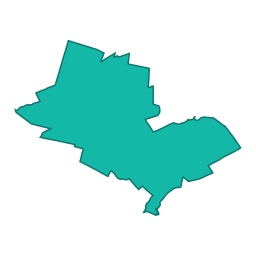 Sagu, Arad, Romania (Mercator projection)
{"feature_id": "2599482B52260231187564", "entity_name": "Sagu", "entity_type": "district", "adm_level": 2, "iso_a3": "ROU", "parent_name": "Romania", "parent_adm1": "Arad", "projection": "mercator", "projection_center": [21.357, 46.043], "detail": "fine", "context": "isolated", "style": "filled", "palette": "teal", "viewbox_px": 256, "rotation_deg": 0, "n_neighbors": 0, "source": "geoboundaries", "source_scale": "gbopen_adm2", "svg_char_len": 5099}
<svg xmlns="http://www.w3.org/2000/svg" viewBox="0 0 256 256"><path d="M212.8,172.9L211.6,170.9L211.4,170.7L211.2,170.4L210.4,169.2L210.2,168.7L210.0,168.3L209.7,167.8L208.3,165.7L212.1,163.5L213.9,162.6L214.4,162.3L215.5,161.8L216.8,161.1L217.4,160.8L218.9,160.1L219.8,159.5L221.5,158.2L222.2,157.8L223.4,157.1L223.7,156.9L225.5,156.0L226.8,155.3L228.4,154.6L229.9,153.9L232.1,152.7L233.8,151.9L235.0,151.2L236.3,150.5L238.3,149.4L240.6,147.8L239.2,145.7L236.9,142.2L234.9,139.4L234.6,138.9L232.6,136.2L232.4,135.9L230.8,134.0L230.5,133.5L230.2,133.1L228.7,131.1L228.0,130.0L227.4,129.1L226.9,128.7L225.4,127.0L225.0,126.6L225.2,126.4L222.7,124.9L217.4,120.8L213.5,118.0L211.3,117.8L208.3,117.5L205.0,117.2L203.5,117.1L201.4,117.6L200.4,118.3L198.4,120.0L197.5,120.4L195.2,120.0L194.8,118.9L194.6,118.5L194.4,118.0L194.5,117.7L194.8,117.0L194.8,116.8L194.8,116.7L194.6,116.7L194.4,116.8L194.1,117.3L193.9,118.0L193.6,118.9L193.5,119.1L188.6,120.2L188.3,119.6L187.8,119.8L186.4,121.5L184.5,122.4L178.7,124.2L178.3,124.3L177.7,123.9L176.4,123.8L175.1,123.5L174.0,122.8L173.9,122.7L171.3,123.7L158.5,130.0L153.3,132.0L152.9,131.6L151.2,128.6L145.1,119.4L151.3,117.5L157.7,115.5L158.4,114.6L159.0,113.6L159.7,112.3L159.8,111.0L159.7,109.6L159.7,108.2L159.1,106.7L158.8,106.2L158.4,105.6L157.7,105.7L154.9,104.7L153.3,104.1L153.2,101.6L153.2,95.5L153.2,90.6L153.2,85.7L153.2,85.8L151.2,86.5L150.4,87.1L149.9,87.4L148.3,87.4L148.3,86.2L148.7,80.7L149.0,75.4L149.2,70.3L149.2,68.4L128.1,64.0L129.3,53.5L121.6,56.1L119.2,57.1L117.1,55.9L114.0,57.3L113.8,57.1L115.1,53.2L106.6,58.2L101.9,61.3L101.5,61.5L100.9,61.3L101.6,59.3L102.6,56.8L103.6,53.8L104.0,53.0L96.5,49.4L83.6,45.4L82.5,45.1L72.0,41.8L68.4,40.7L67.0,45.5L66.2,48.1L65.6,50.2L65.6,50.4L64.9,52.4L64.0,55.4L63.5,57.1L62.8,59.3L61.9,62.6L60.8,66.2L60.0,69.0L59.2,71.8L58.4,74.5L57.6,77.2L56.1,82.2L55.3,85.0L52.9,86.0L51.1,86.7L47.2,88.1L47.1,88.6L45.8,89.1L43.4,90.0L38.2,92.0L35.9,93.0L37.7,96.8L40.0,101.6L32.9,103.7L32.3,104.5L31.1,104.8L29.5,104.9L27.6,104.8L25.6,105.3L24.1,106.3L23.3,106.5L21.9,106.8L20.4,107.3L19.3,108.1L18.3,109.6L17.8,110.0L15.9,110.3L15.4,109.9L15.8,111.7L16.4,112.6L30.4,123.1L31.1,123.7L31.8,124.0L32.3,124.1L48.6,128.2L50.4,128.7L50.6,128.8L44.9,131.7L43.4,132.4L42.6,133.0L42.1,133.6L41.7,135.5L41.2,136.1L40.3,137.3L46.1,138.6L58.2,140.9L64.9,142.4L74.9,144.5L74.4,146.5L83.5,148.9L81.7,154.2L80.9,158.5L80.0,161.5L86.6,164.9L89.1,166.2L97.0,170.4L100.5,172.4L104.3,174.4L107.9,176.4L109.8,172.7L110.9,171.0L111.2,171.0L111.6,171.2L112.0,171.5L113.8,173.1L114.5,173.8L115.2,174.7L115.7,175.6L117.1,177.4L117.7,178.2L119.3,179.0L120.6,179.2L121.1,179.3L121.4,179.2L121.9,179.1L122.6,179.0L123.3,179.0L124.0,179.3L125.2,179.7L126.1,179.8L127.5,179.5L128.3,179.2L128.4,178.7L128.8,178.6L129.2,178.7L131.1,181.0L136.4,187.1L138.8,189.5L142.2,186.1L147.1,190.6L149.8,192.8L153.1,195.7L152.4,196.2L151.8,196.6L151.3,197.2L150.7,198.0L150.4,198.7L149.8,199.9L149.1,201.2L148.2,202.1L147.2,203.0L146.7,203.7L146.1,204.7L145.8,206.0L145.8,207.2L145.7,208.5L145.3,209.7L144.7,210.5L143.7,212.3L147.3,211.5L147.6,211.5L147.8,211.6L148.0,211.7L148.6,212.0L148.8,212.1L149.0,212.1L149.6,212.5L149.9,212.6L150.1,212.7L150.4,212.8L150.6,212.8L151.0,213.0L151.9,213.4L152.4,213.7L152.6,213.8L153.4,214.0L153.7,214.1L153.8,214.2L154.2,214.4L154.6,214.5L155.0,214.7L155.3,215.0L155.6,215.2L155.7,215.3L156.0,215.2L156.3,215.0L156.4,214.9L156.6,214.7L156.8,214.4L156.9,214.2L157.0,213.9L157.0,213.7L157.3,213.9L157.4,214.0L157.3,214.3L157.5,214.3L157.7,214.5L157.8,214.8L158.0,214.9L158.3,214.7L158.5,214.5L158.7,214.2L158.8,213.8L158.8,213.7L158.8,213.4L158.6,213.3L158.4,213.2L158.2,213.0L158.1,212.9L158.2,212.7L158.2,212.4L157.9,212.2L157.8,211.9L157.9,211.7L157.4,211.5L157.3,211.3L157.3,211.2L157.4,210.9L157.5,210.8L157.5,210.6L157.4,210.4L157.3,210.5L157.2,210.4L157.0,210.2L156.8,210.0L156.6,210.0L156.3,210.1L156.0,210.1L155.8,210.0L155.6,209.7L155.6,209.4L155.6,209.2L156.1,208.6L156.4,208.4L156.6,208.3L156.8,208.4L156.8,208.6L157.0,208.7L157.5,208.6L157.9,208.2L158.0,208.2L158.2,207.9L158.0,207.7L157.9,207.6L157.9,207.4L158.0,207.4L158.3,207.3L158.5,207.3L159.3,206.7L159.4,206.4L159.5,206.2L159.8,205.9L159.9,205.6L160.0,205.4L160.1,205.2L160.2,204.9L160.0,203.5L159.9,202.6L160.3,201.8L160.5,201.5L161.1,200.7L161.4,200.4L161.5,200.3L162.2,199.8L162.5,199.4L163.0,198.9L163.3,198.5L163.5,198.3L163.5,198.2L164.1,197.5L164.4,197.1L164.8,196.5L164.9,196.4L165.0,196.2L165.5,195.5L166.2,194.6L166.8,193.9L167.1,193.7L167.5,193.3L167.7,193.0L167.8,192.9L168.0,192.7L168.3,192.6L168.6,192.4L168.8,192.3L168.9,192.2L169.1,192.0L169.2,191.9L169.3,191.8L170.3,191.1L170.5,191.0L170.6,190.9L170.9,190.6L171.3,190.4L172.1,189.8L172.3,189.6L172.5,189.4L173.5,188.7L173.9,188.5L174.8,188.1L175.1,188.0L176.2,187.7L176.3,187.7L180.8,187.1L180.8,186.7L180.9,186.2L181.0,185.8L181.3,184.3L182.0,180.9L182.5,179.0L182.9,177.0L185.4,178.8L187.5,180.6L188.4,181.4L193.0,180.4L195.9,179.8L197.4,179.3L199.4,178.9L200.6,178.3L204.1,176.8L208.3,174.8L210.8,173.8L212.8,172.9Z" fill="#14b8a6" stroke="#0f766e" stroke-width="1.5"/></svg>